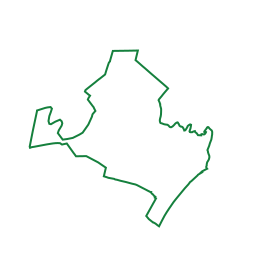 outline of Viļāni, Vilanu, Latvia, rotated 117°
{"feature_id": "27541924B14325871037870", "entity_name": "Viļāni", "entity_type": "district", "adm_level": 2, "iso_a3": "LVA", "parent_name": "Latvia", "parent_adm1": "Vilanu", "projection": "equal_earth", "projection_center": [26.926, 56.548], "detail": "fine", "context": "isolated", "style": "outline", "palette": "green", "viewbox_px": 256, "rotation_deg": 117, "n_neighbors": 0, "source": "geoboundaries", "source_scale": "gbopen_adm2", "svg_char_len": 3368}
<svg xmlns="http://www.w3.org/2000/svg" viewBox="0 0 256 256"><g transform="rotate(117 128 128)"><path d="M186.9,202.5L186.8,202.4L182.1,196.3L179.4,192.8L177.8,190.6L176.7,189.1L175.7,187.7L175.0,186.6L174.4,185.7L173.9,184.8L173.3,183.7L172.4,181.7L172.7,179.3L169.6,175.5L175.0,165.1L175.6,163.8L176.8,161.5L174.9,157.9L172.0,152.4L172.2,138.9L172.6,136.0L173.4,129.7L182.0,127.6L181.5,124.7L181.3,122.9L179.9,118.2L179.6,117.2L179.7,116.2L179.1,114.2L178.4,110.6L177.1,105.4L175.8,99.2L175.0,96.0L174.9,95.3L174.8,94.2L174.8,92.6L174.9,79.2L174.9,78.9L174.7,78.5L174.8,78.5L175.6,77.1L175.9,75.5L176.5,74.3L176.5,74.2L176.8,73.3L176.8,72.5L177.9,72.5L178.0,71.1L182.1,71.2L183.4,71.3L183.9,71.3L198.1,71.8L199.7,68.1L200.8,62.7L200.6,62.5L200.7,60.1L200.8,59.6L201.2,57.7L201.5,55.7L195.4,55.7L189.6,55.6L185.6,55.3L181.1,54.8L173.5,53.8L169.9,53.1L166.7,52.4L155.9,50.0L150.8,48.6L147.8,48.1L146.8,47.5L140.3,45.1L138.7,44.5L137.9,44.4L132.9,41.3L133.9,42.6L132.8,42.2L131.9,41.5L130.0,40.2L128.4,39.0L128.2,39.5L127.6,40.2L127.3,40.6L126.5,40.8L125.5,40.9L124.6,41.4L122.6,41.9L121.5,41.8L120.3,41.7L119.4,41.7L118.7,41.8L117.9,42.0L116.9,42.3L116.3,42.7L115.7,43.1L114.7,44.3L113.3,45.7L112.5,46.2L111.6,47.2L107.0,47.6L106.0,47.8L104.4,48.1L102.5,48.3L100.5,48.5L97.9,49.3L97.2,49.6L95.5,50.1L94.3,50.7L93.4,51.1L92.8,51.6L92.2,52.3L91.9,53.6L91.4,55.4L90.9,56.3L90.8,56.6L90.8,57.1L90.9,57.3L91.1,57.5L91.7,57.7L91.8,57.8L92.0,57.8L92.3,57.8L92.4,57.7L94.4,58.1L95.0,58.2L95.6,58.3L96.5,58.4L96.9,58.3L97.0,58.2L96.9,57.7L95.7,56.8L95.4,56.7L96.7,56.6L98.0,56.7L98.8,57.0L99.3,57.4L99.5,58.3L99.8,59.3L100.3,59.8L101.3,59.4L102.6,62.4L101.5,64.4L101.5,64.6L101.3,65.3L101.2,66.1L101.0,66.4L100.4,67.0L101.6,68.3L102.6,68.9L103.3,70.2L103.5,71.1L103.0,71.7L99.8,72.2L97.5,72.9L96.5,73.3L96.6,74.3L98.0,75.2L98.7,75.5L99.3,75.7L99.8,75.6L100.1,75.6L100.5,75.6L101.3,75.6L102.4,75.7L104.0,75.9L104.7,76.7L103.9,77.6L103.1,78.5L102.9,79.1L102.4,79.9L102.5,80.3L102.4,80.9L102.8,81.7L102.6,83.1L101.3,84.7L101.2,85.2L100.8,85.6L100.5,86.1L100.5,86.4L100.9,86.9L101.8,87.5L102.7,87.9L104.4,88.3L106.4,89.0L107.8,90.0L108.1,91.0L107.9,91.9L107.4,93.0L107.2,94.3L107.8,96.0L108.1,96.9L108.4,98.3L108.4,99.3L108.6,100.2L108.8,101.3L108.2,102.1L107.2,102.9L106.1,103.4L104.6,103.8L103.0,104.1L101.1,104.7L99.1,105.6L96.8,106.7L95.9,107.2L95.2,107.8L93.6,109.3L92.6,110.0L92.1,110.1L91.9,110.5L91.1,111.2L89.3,113.4L88.4,113.4L86.2,112.9L84.5,112.5L81.9,112.0L79.3,111.4L78.1,111.1L76.0,110.6L74.6,110.2L74.3,110.8L74.3,111.0L73.8,112.7L69.0,132.4L66.9,140.7L66.5,142.5L64.8,149.1L64.1,152.1L54.5,154.4L58.3,161.5L66.2,176.5L76.3,174.5L76.8,174.3L78.4,174.7L81.3,174.3L86.9,173.4L89.1,173.0L90.7,172.7L97.0,175.6L97.3,175.8L99.9,177.0L102.7,178.2L103.1,178.4L111.9,182.4L113.6,183.1L115.1,182.9L116.0,178.8L116.1,178.5L116.4,176.5L119.4,176.8L120.9,176.7L124.4,169.6L125.0,168.3L125.1,168.0L125.6,167.5L127.6,164.8L131.6,165.8L132.7,165.7L134.1,165.3L143.0,164.9L152.8,166.3L156.1,168.4L161.9,172.7L165.3,177.0L168.0,180.9L164.4,188.2L161.5,188.6L156.0,188.2L153.6,188.7L152.1,190.2L151.5,192.4L155.3,195.6L159.6,198.4L160.0,200.0L157.9,202.0L153.1,203.5L148.9,204.0L145.3,204.6L144.5,206.5L145.6,208.2L146.3,209.2L147.7,210.9L153.7,217.0L154.1,216.8L173.8,211.5L189.3,207.1L190.1,206.3L188.8,205.1L186.9,202.5Z" fill="none" stroke="#15803d" stroke-width="2"/></g></svg>